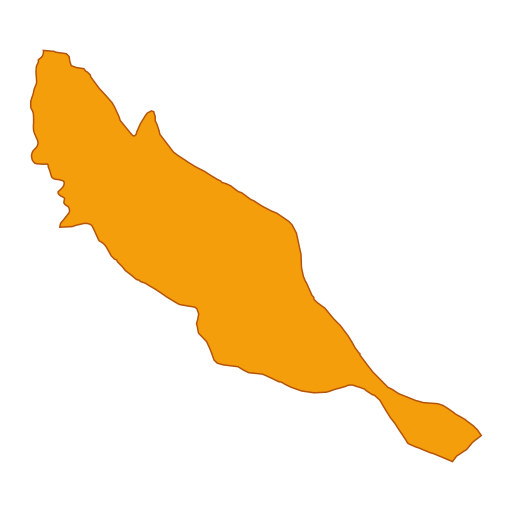 Nuevo Progreso, San Marcos, Guatemala, rotated 90°
{"feature_id": "79465075B31379081578596", "entity_name": "Nuevo Progreso", "entity_type": "district", "adm_level": 2, "iso_a3": "GTM", "parent_name": "Guatemala", "parent_adm1": "San Marcos", "projection": "robinson", "projection_center": [-91.918, 14.815], "detail": "fine", "context": "isolated", "style": "filled", "palette": "amber", "viewbox_px": 512, "rotation_deg": 90, "n_neighbors": 0, "source": "geoboundaries", "source_scale": "gbopen_adm2", "svg_char_len": 3656}
<svg xmlns="http://www.w3.org/2000/svg" viewBox="0 0 512 512"><g transform="rotate(90 256 256)"><path d="M227.2,452.2L226.6,439.8L225.4,436.4L223.4,427.8L223.5,424.4L224.3,422.0L225.3,420.3L227.1,419.3L231.2,417.3L238.8,413.9L240.7,412.9L243.5,408.5L246.5,406.0L255.9,400.7L258.9,397.8L260.1,395.2L261.7,394.6L266.8,389.6L270.5,386.7L275.0,380.9L279.5,375.5L280.3,372.7L281.5,371.6L283.1,366.9L286.3,361.7L288.8,357.3L295.5,347.3L296.7,345.7L302.4,336.4L304.5,332.5L305.7,326.0L307.1,317.3L308.6,315.2L313.8,313.3L319.1,314.2L323.6,315.5L326.7,314.7L333.1,313.5L341.6,305.4L348.3,302.3L353.6,300.2L360.1,297.9L363.2,294.7L364.9,288.7L366.7,274.0L370.0,268.7L372.7,263.3L374.1,249.6L375.6,246.1L381.8,233.0L382.1,230.7L384.3,226.9L387.2,221.1L391.0,210.3L392.8,197.9L392.2,185.9L391.5,183.1L389.6,177.9L387.4,169.9L386.4,166.4L385.3,164.1L385.0,161.0L385.2,158.4L385.9,157.2L387.5,151.7L389.1,147.5L391.3,144.9L394.8,139.4L395.2,137.6L400.1,132.2L410.8,125.9L418.1,121.3L421.7,118.4L424.2,116.5L427.8,114.3L439.8,106.3L443.0,104.4L444.0,103.0L444.7,101.4L447.1,95.9L447.8,93.6L452.6,82.1L453.7,78.3L456.3,72.1L461.6,59.5L456.1,55.4L449.3,45.2L442.2,39.3L435.5,30.7L430.0,34.5L425.8,38.7L420.6,45.7L419.6,46.7L413.8,56.9L412.5,58.4L408.7,63.8L405.4,69.1L403.7,74.3L402.6,88.7L400.9,94.7L400.7,95.8L394.1,112.3L393.0,114.4L389.5,119.5L387.3,124.1L372.1,139.1L365.2,144.5L355.2,152.0L353.7,152.1L352.6,153.4L347.8,156.9L341.7,160.3L335.6,164.1L331.8,167.0L325.6,171.6L318.8,178.4L308.2,187.1L303.3,193.8L301.6,195.8L299.4,198.0L297.3,198.3L295.2,200.1L283.0,205.5L281.8,206.2L280.5,207.0L278.1,207.9L276.9,208.5L267.7,210.5L254.3,211.0L249.4,212.1L233.1,215.6L224.9,219.9L221.4,223.2L213.3,235.0L210.6,241.4L206.4,249.4L204.1,253.2L200.7,258.3L199.5,261.2L192.8,270.3L191.5,273.9L185.7,281.5L183.8,285.7L182.4,290.2L181.1,291.2L179.2,295.0L174.6,302.6L171.5,307.3L166.5,317.0L162.1,324.0L161.1,325.4L155.2,334.5L151.9,338.7L146.4,342.9L134.4,352.1L130.5,353.0L124.8,354.9L120.6,356.8L116.6,356.8L111.7,358.3L110.9,360.6L113.0,364.6L115.1,366.3L123.7,371.6L132.0,375.3L134.6,376.0L136.0,377.8L135.5,379.4L131.9,382.5L120.5,391.8L116.7,393.0L106.7,397.6L102.7,399.9L95.7,406.0L88.4,412.8L83.8,416.2L82.7,417.0L78.1,420.4L76.9,421.2L74.9,421.8L72.2,424.4L71.2,426.3L68.7,428.1L67.5,435.8L65.7,440.7L61.8,442.1L56.5,442.9L53.7,445.7L52.2,456.3L51.4,457.7L50.4,468.7L51.6,468.5L52.6,468.6L54.7,469.0L55.8,469.5L57.4,470.7L58.4,472.0L59.9,473.7L61.6,473.6L63.2,474.1L64.9,475.0L66.2,475.5L67.8,475.8L72.9,476.0L79.2,475.5L81.8,475.4L83.5,475.6L84.5,475.9L86.1,476.6L88.7,477.7L90.1,478.1L91.8,478.4L92.9,478.6L94.4,479.0L96.4,479.7L98.1,480.3L99.5,480.7L101.1,481.2L104.1,481.3L106.7,481.3L108.4,480.9L110.7,479.6L112.5,478.9L114.5,478.6L118.3,478.4L122.4,478.4L125.7,478.6L128.6,478.6L130.9,478.3L133.8,477.4L135.0,476.8L139.0,475.1L140.0,474.6L141.6,474.2L143.3,473.9L146.1,474.8L147.7,475.9L149.4,477.6L150.6,478.7L151.5,479.3L152.8,479.8L154.2,480.3L155.3,480.5L157.0,480.4L158.9,480.0L160.4,479.5L161.5,478.7L163.1,477.4L163.8,475.1L164.2,468.8L164.1,467.0L164.1,465.5L164.1,464.4L165.7,463.7L166.7,463.8L171.1,462.1L174.0,461.3L176.6,460.5L177.5,460.0L178.6,458.5L179.1,457.1L179.4,455.3L179.6,453.4L180.1,451.5L180.5,450.0L180.9,448.9L182.0,447.9L183.6,447.8L185.0,448.1L186.7,448.9L188.8,450.7L190.3,452.3L191.1,453.2L191.8,453.9L193.3,453.9L194.8,452.8L196.1,451.1L196.9,449.2L198.1,447.6L199.2,447.5L201.2,448.0L203.0,448.1L204.6,446.9L205.6,445.5L206.6,443.9L208.0,443.0L209.9,442.5L211.2,442.4L213.1,443.2L215.3,444.9L219.5,448.2L221.3,449.7L222.2,450.6L223.5,451.4L224.8,451.8L227.2,452.2Z" fill="#f59e0b" stroke="#b45309" stroke-width="1.5"/></g></svg>